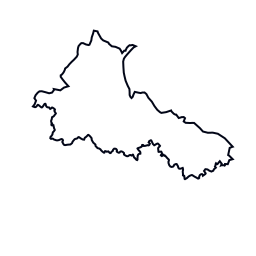 Jebel Saman, Aleppo, Syria (orthographic projection), rotated 317°
{"feature_id": "27442178B96508006833869", "entity_name": "Jebel Saman", "entity_type": "district", "adm_level": 2, "iso_a3": "SYR", "parent_name": "Syria", "parent_adm1": "Aleppo", "projection": "orthographic", "projection_center": [37.058, 35.942], "detail": "fine", "context": "isolated", "style": "outline", "palette": "ink", "viewbox_px": 256, "rotation_deg": 317, "n_neighbors": 0, "source": "geoboundaries", "source_scale": "gbopen_adm2", "svg_char_len": 5816}
<svg xmlns="http://www.w3.org/2000/svg" viewBox="0 0 256 256"><g transform="rotate(317 128 128)"><path d="M171.6,36.6L169.4,33.5L166.9,35.1L163.3,37.0L160.8,39.0L156.6,40.8L155.7,40.4L154.2,38.2L153.1,35.4L151.7,34.1L149.9,34.1L147.7,34.4L146.0,35.4L142.9,38.0L141.4,40.0L139.2,40.9L135.0,41.2L131.8,41.2L128.5,41.4L125.6,41.9L122.6,41.6L121.6,42.3L119.4,43.2L118.2,43.5L117.6,43.6L116.0,43.8L114.7,43.6L113.7,44.7L113.3,47.8L113.0,51.9L112.9,56.8L108.8,54.8L104.2,54.3L100.3,48.9L99.9,49.7L96.6,50.3L94.0,48.8L92.1,45.6L90.0,42.3L88.2,40.8L86.0,40.6L82.8,41.0L79.9,42.3L79.4,45.3L75.8,47.0L73.2,47.4L73.4,47.9L74.1,49.2L74.7,49.7L75.5,49.8L76.6,49.7L77.3,49.5L77.9,49.6L78.2,50.2L78.7,53.8L79.0,54.2L79.4,54.3L80.4,54.2L82.8,53.6L83.4,53.5L84.0,53.8L84.1,54.1L83.8,54.8L83.3,55.6L83.0,56.6L83.0,57.2L83.1,57.6L83.5,58.3L84.3,59.2L84.3,59.7L84.1,60.5L84.1,61.0L84.8,61.2L85.9,61.2L86.4,61.2L86.7,61.6L87.2,63.6L87.2,64.6L86.7,65.0L86.3,64.9L85.9,65.2L85.5,66.2L85.4,67.3L85.1,68.2L83.0,68.5L82.3,68.7L81.0,68.7L80.4,68.4L79.8,68.3L78.3,69.5L76.7,70.3L76.1,71.0L75.8,71.6L75.6,72.9L75.1,73.0L74.6,72.9L74.2,73.4L74.0,73.8L74.2,74.3L74.9,74.5L75.4,75.0L73.7,77.9L73.4,79.0L73.1,79.5L72.2,79.7L71.1,79.9L70.4,79.9L70.1,79.9L69.5,80.3L68.3,81.2L66.7,81.6L65.2,81.7L64.2,82.5L64.3,83.5L65.0,83.9L65.3,84.0L65.7,84.4L65.8,84.7L65.9,85.6L66.2,86.3L66.5,86.8L67.0,87.8L67.6,88.6L68.2,89.1L69.2,89.7L71.2,90.4L71.9,90.8L72.3,91.6L72.1,92.6L71.6,93.0L70.9,93.1L70.5,93.4L70.3,93.7L70.1,94.8L69.8,95.6L69.8,96.9L70.0,97.2L70.7,97.9L72.0,98.7L73.2,99.6L74.5,100.7L74.9,100.8L76.7,100.9L77.5,100.6L78.1,100.2L81.3,99.8L82.2,100.1L82.9,100.6L84.0,101.0L84.5,100.9L85.1,100.8L85.6,100.9L85.9,101.2L86.0,101.6L86.2,102.6L86.4,103.6L86.9,105.1L87.3,105.9L88.0,106.6L89.2,105.9L90.0,105.7L91.1,105.9L92.6,105.9L94.0,105.8L94.4,106.1L94.5,107.0L94.6,108.0L94.5,110.1L94.4,110.7L94.0,111.0L93.8,111.4L93.3,112.1L93.0,113.3L92.6,115.1L92.8,116.7L92.9,117.9L92.2,118.7L91.9,119.4L92.1,120.4L92.0,121.1L92.0,121.7L92.2,122.3L92.9,123.3L93.1,124.0L93.3,125.0L93.1,125.9L93.2,127.7L93.4,128.9L93.6,129.7L93.9,129.9L95.5,129.3L96.0,130.0L96.3,130.9L97.0,131.3L97.6,131.6L97.7,132.2L97.6,133.0L97.8,134.2L98.3,134.5L99.5,134.2L100.2,134.2L101.1,134.4L102.4,133.7L103.8,133.7L104.2,134.1L104.8,134.7L105.0,135.3L105.0,136.2L104.6,136.9L104.0,137.1L103.7,137.7L103.8,138.2L104.2,139.5L104.5,139.9L105.2,140.2L106.0,140.0L106.8,140.2L107.3,140.7L107.8,141.8L108.0,143.6L107.7,144.0L107.3,144.3L107.1,144.5L107.0,145.1L107.5,146.8L108.0,147.9L108.6,148.5L109.3,148.7L110.3,148.8L111.0,149.1L111.5,149.6L111.6,150.1L111.8,150.6L112.2,150.8L112.8,150.7L113.3,150.7L113.5,151.0L112.5,153.4L112.4,154.4L112.6,154.9L112.4,156.2L112.5,157.1L112.8,157.7L113.4,157.6L114.2,156.7L115.6,155.4L116.2,154.9L117.0,154.5L117.5,154.4L118.5,154.5L119.0,154.7L119.5,155.2L119.9,154.9L120.5,154.1L120.7,153.5L120.7,152.4L120.6,152.0L120.7,151.1L120.9,149.5L121.1,149.4L121.5,149.5L124.4,150.8L124.8,150.7L125.4,150.9L125.8,150.8L126.3,150.4L126.8,150.1L127.2,150.4L127.5,150.9L127.1,151.7L127.5,152.1L128.6,152.9L129.4,153.3L130.6,153.9L131.0,154.6L131.3,154.8L132.1,154.9L133.3,154.4L133.3,154.1L133.3,152.6L133.7,152.5L134.4,152.1L135.6,152.3L136.4,152.6L136.5,153.1L135.3,156.8L135.4,157.5L135.4,158.5L135.9,158.6L136.6,158.9L137.7,159.0L138.8,159.4L139.2,159.7L139.3,160.4L139.3,162.0L139.2,162.9L138.8,163.0L136.7,163.1L135.9,163.7L134.4,165.8L134.1,166.1L134.2,166.5L135.6,167.4L136.2,168.0L135.9,169.0L135.5,169.9L135.0,170.1L134.1,170.1L133.4,170.4L133.5,171.0L133.6,171.6L134.0,171.7L135.8,171.9L135.7,173.1L136.2,173.3L136.2,173.7L136.3,174.7L136.2,175.6L136.2,177.1L136.2,177.7L136.3,178.9L135.9,179.5L135.4,179.9L134.5,180.3L133.6,181.5L132.8,183.4L132.7,185.1L133.4,186.3L134.7,187.0L135.6,186.9L136.8,186.4L138.6,187.1L139.0,187.6L138.8,188.2L138.7,189.2L138.4,190.2L137.7,191.3L137.7,192.7L138.8,193.7L140.8,194.5L140.7,194.8L139.8,196.1L138.3,197.2L136.8,199.2L135.9,200.1L136.0,200.7L136.4,201.0L136.5,201.3L136.2,201.8L134.7,203.8L134.7,204.2L134.8,204.3L135.4,204.4L136.0,204.6L136.5,204.7L136.9,204.8L138.1,204.8L138.9,204.8L140.4,205.0L142.0,205.6L142.7,206.0L143.0,206.8L143.2,207.8L143.7,209.5L144.3,211.2L144.6,212.5L145.2,213.1L146.0,213.1L146.5,212.4L147.4,211.9L148.3,211.5L148.9,211.5L150.0,211.7L150.7,212.2L150.8,213.2L150.3,214.0L153.2,214.4L153.9,214.1L154.3,211.3L156.5,210.9L157.6,212.1L158.0,212.9L158.3,214.5L158.6,215.2L158.8,215.7L159.4,216.8L160.2,217.0L161.2,217.4L162.7,216.8L165.2,216.9L165.3,215.5L165.9,215.3L166.3,215.1L167.9,213.9L168.3,213.8L168.3,214.3L168.4,214.6L168.2,214.9L168.6,215.1L168.8,215.4L169.2,215.3L170.1,215.3L170.5,215.1L171.7,215.0L172.5,214.9L172.2,217.4L172.2,218.0L171.4,218.4L170.6,218.8L170.9,218.9L171.6,219.6L172.2,220.0L172.6,220.5L172.8,220.7L172.9,221.0L172.9,221.3L173.1,221.4L173.4,221.4L174.4,220.5L176.3,222.5L180.2,220.6L183.3,222.2L183.1,217.1L182.8,216.1L188.8,211.9L191.4,212.9L191.8,213.1L191.8,201.5L189.8,193.5L186.8,189.2L183.2,186.0L180.4,181.7L180.5,177.2L179.8,169.4L178.6,168.2L176.8,166.7L173.7,163.5L173.2,161.2L176.4,159.7L176.2,158.0L174.6,156.6L173.6,156.2L171.9,155.3L172.4,151.1L171.8,150.6L171.2,148.9L171.1,145.6L171.5,144.6L166.7,142.4L162.7,139.7L162.2,138.3L161.8,134.7L162.3,130.0L163.4,125.0L163.5,119.8L164.6,115.7L164.3,113.3L162.6,111.8L161.1,111.1L159.8,109.4L157.6,106.2L154.8,107.3L152.7,108.4L151.0,108.5L151.0,106.9L151.7,105.0L153.8,102.7L155.6,100.5L156.6,96.9L158.5,91.8L160.8,87.7L162.7,84.6L166.2,80.3L169.8,76.1L172.3,74.5L174.4,74.0L177.8,73.6L183.3,73.1L187.0,72.9L189.4,73.5L188.0,70.4L186.2,69.3L185.7,68.6L184.5,68.4L182.0,68.5L179.8,69.3L178.9,69.8L178.0,68.9L174.8,69.2L175.7,66.2L176.0,64.2L174.2,60.1L171.9,57.2L171.5,53.5L171.9,52.1L169.6,47.0L169.4,44.2L170.9,38.1L171.6,36.6Z" fill="none" stroke="#020617" stroke-width="2"/></g></svg>